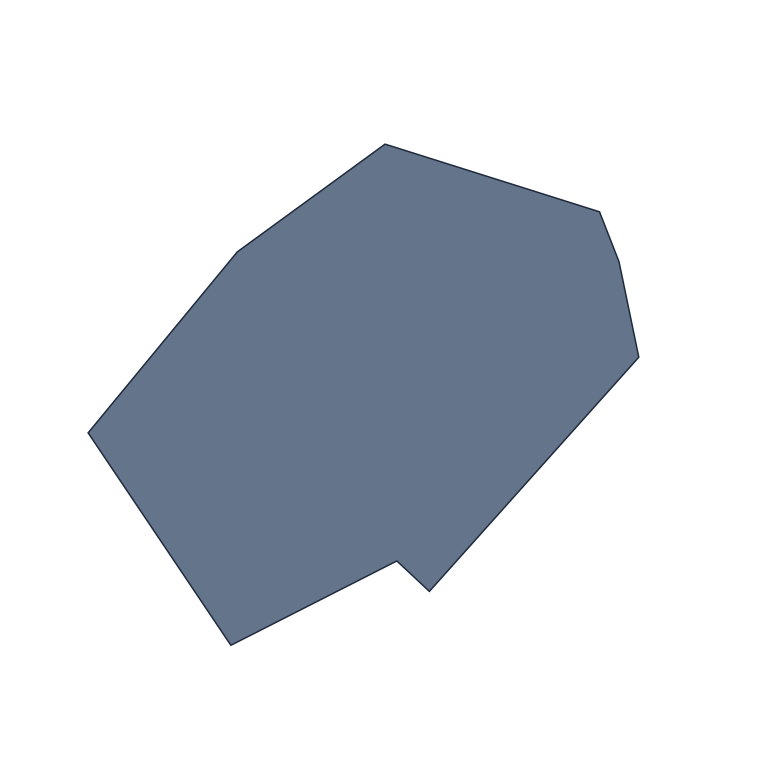 outline of Fairfax, Virginia, United States of America, rotated 145°
{"feature_id": "52423323B75618764282830", "entity_name": "Fairfax", "entity_type": "district", "adm_level": 2, "iso_a3": "USA", "parent_name": "United States of America", "parent_adm1": "Virginia", "projection": "natural_earth1", "projection_center": [-77.307, 38.853], "detail": "fine", "context": "isolated", "style": "filled", "palette": "slate", "viewbox_px": 768, "rotation_deg": 145, "n_neighbors": 0, "source": "geoboundaries", "source_scale": "gbopen_adm2", "svg_char_len": 291}
<svg xmlns="http://www.w3.org/2000/svg" viewBox="0 0 768 768"><g transform="rotate(145 384 384)"><path d="M121.4,349.2L108.7,401.4L245.6,579.9L428.3,576.4L654.4,513.7L659.3,257.8L475.0,231.7L465.8,188.1L159.9,259.8L121.4,349.2Z" fill="#64748b" stroke="#1e293b" stroke-width="1.5"/></g></svg>